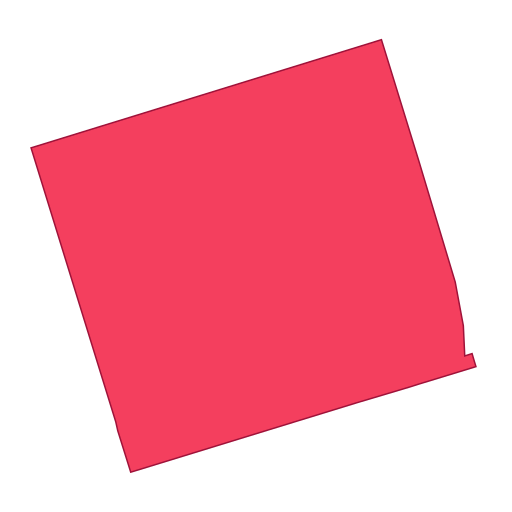 Neshoba, Mississippi, United States of America (Natural Earth projection), rotated 73°
{"feature_id": "52423323B8433965475447", "entity_name": "Neshoba", "entity_type": "district", "adm_level": 2, "iso_a3": "USA", "parent_name": "United States of America", "parent_adm1": "Mississippi", "projection": "natural_earth1", "projection_center": [-89.019, 32.754], "detail": "fine", "context": "isolated", "style": "filled", "palette": "rose", "viewbox_px": 512, "rotation_deg": 73, "n_neighbors": 0, "source": "geoboundaries", "source_scale": "gbopen_adm2", "svg_char_len": 363}
<svg xmlns="http://www.w3.org/2000/svg" viewBox="0 0 512 512"><g transform="rotate(73 256 256)"><path d="M426.1,439.0L425.8,202.7L426.2,146.6L426.1,138.5L426.1,78.0L420.8,78.0L412.5,77.9L412.6,85.6L383.3,78.1L339.2,73.1L212.5,72.5L85.8,72.8L86.6,364.4L86.8,439.5L373.7,438.6L382.7,439.3L426.1,439.0Z" fill="#f43f5e" stroke="#9f1239" stroke-width="1.5"/></g></svg>